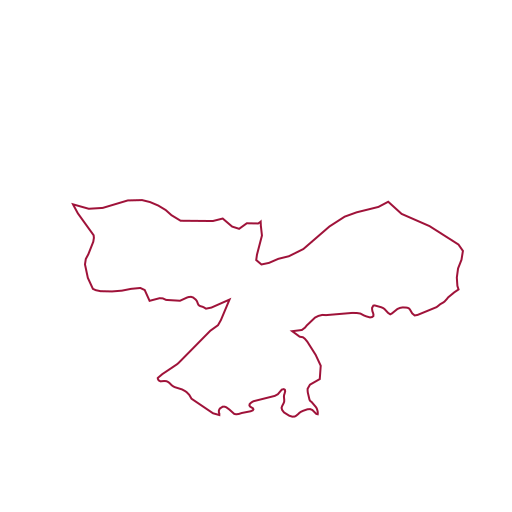 map outline of An Nabatiyah (orthographic projection), rotated 227°
{"feature_id": "LBN-3059", "entity_name": "An Nabatiyah", "entity_type": "Province", "adm_level": 1, "iso_a3": "LBN", "parent_name": "Lebanon", "parent_adm1": "", "projection": "orthographic", "projection_center": [35.465, 33.278], "detail": "fine", "context": "isolated", "style": "outline", "palette": "rose", "viewbox_px": 512, "rotation_deg": 227, "n_neighbors": 0, "source": "natural_earth", "source_scale": "10m", "svg_char_len": 2877}
<svg xmlns="http://www.w3.org/2000/svg" viewBox="0 0 512 512"><g transform="rotate(227 256 256)"><path d="M274.3,279.8L266.9,274.3L256.3,257.6L252.9,253.4L246.1,254.2L242.1,260.8L238.7,270.4L233.4,279.9L228.8,295.4L227.5,329.9L224.3,347.7L219.3,359.4L208.4,379.0L205.5,389.7L187.5,391.2L159.5,403.3L126.3,411.9L118.6,410.8L113.1,403.7L109.1,395.3L103.3,388.2L96.8,382.9L93.4,381.3L94.2,376.3L94.7,368.3L94.4,366.5L94.1,362.8L94.3,361.2L95.1,357.9L95.3,354.7L95.5,353.1L102.7,334.0L104.3,331.5L107.5,331.1L112.0,332.1L113.4,332.1L114.6,331.6L115.6,330.9L118.3,328.3L119.8,326.0L120.8,323.3L121.3,316.2L121.8,314.4L124.3,313.8L129.7,313.8L131.4,313.4L133.2,312.6L138.9,309.1L139.7,308.0L138.9,305.5L137.6,304.4L136.1,303.4L134.6,302.8L133.1,302.0L132.0,300.8L132.2,299.2L133.3,297.5L136.6,295.5L138.9,294.4L142.7,293.1L145.5,290.9L148.8,287.5L165.0,266.9L167.7,264.3L169.6,260.8L170.7,257.2L170.6,245.8L170.2,243.0L170.6,239.1L176.3,231.2L167.2,232.9L164.6,234.9L162.2,235.3L158.4,235.1L143.0,232.2L131.6,228.5L122.5,218.7L125.1,207.7L123.7,203.2L122.2,201.8L120.7,200.7L114.4,197.1L112.9,196.8L111.3,197.1L104.8,196.8L103.2,196.5L101.6,195.8L100.0,194.9L98.8,193.9L98.2,193.2L99.4,192.4L104.9,192.2L107.1,191.2L108.8,189.1L110.7,184.8L111.5,182.3L111.7,180.3L111.6,179.4L111.8,176.4L112.2,174.8L113.7,173.0L116.5,171.4L122.5,169.8L125.5,170.1L127.5,171.1L128.4,172.7L129.5,175.8L130.2,177.2L131.5,178.5L134.2,180.6L135.2,181.8L135.9,183.1L137.2,185.1L138.5,185.9L139.7,185.5L140.7,183.7L140.0,177.7L140.9,174.3L151.5,155.1L151.9,153.5L152.1,151.8L152.0,150.3L151.1,149.2L149.8,149.0L146.7,149.9L145.6,149.5L145.3,148.4L146.1,146.2L150.9,138.5L152.2,135.7L153.7,133.6L155.3,132.4L161.9,131.8L165.6,131.1L167.2,130.3L168.5,128.9L169.1,125.5L168.4,123.6L167.1,122.3L165.6,121.6L164.7,120.7L170.3,117.3L195.6,111.5L200.0,112.5L203.8,112.4L205.6,112.0L208.9,110.9L215.4,107.2L217.0,106.6L218.9,106.2L222.2,106.1L223.8,105.8L225.4,105.2L226.8,104.0L227.9,102.7L229.2,101.0L229.3,100.8L230.8,100.1L232.1,100.1L233.2,100.5L233.6,100.8L233.8,101.0L233.5,107.0L230.7,124.3L230.6,126.2L232.5,171.6L231.3,181.0L233.1,186.7L242.2,206.9L248.7,188.2L251.6,183.5L254.1,182.8L255.3,182.3L257.3,181.1L258.3,180.7L259.6,180.6L260.9,181.0L262.0,181.5L263.4,182.0L265.2,182.2L268.6,181.7L270.5,180.6L271.9,178.8L272.6,177.4L275.1,169.9L285.2,160.3L288.6,158.9L290.9,156.7L295.8,147.6L307.0,151.4L311.5,149.6L317.2,142.2L322.1,134.3L328.3,126.5L336.3,118.3L340.3,115.5L343.2,114.3L354.7,118.1L366.5,125.2L369.9,129.5L371.6,134.5L377.4,146.7L379.8,149.8L381.9,151.4L408.7,154.8L418.3,157.3L418.6,157.4L404.6,165.9L395.7,176.7L384.1,200.1L374.6,210.8L367.7,215.3L359.6,218.9L351.2,221.3L343.5,222.0L333.2,224.9L311.0,248.3L306.1,257.2L293.8,258.6L287.4,262.2L286.2,271.6L278.3,279.8L277.9,282.6L277.9,282.8L274.5,279.9L274.4,279.8L274.3,279.8Z" fill="none" stroke="#9f1239" stroke-width="2"/></g></svg>